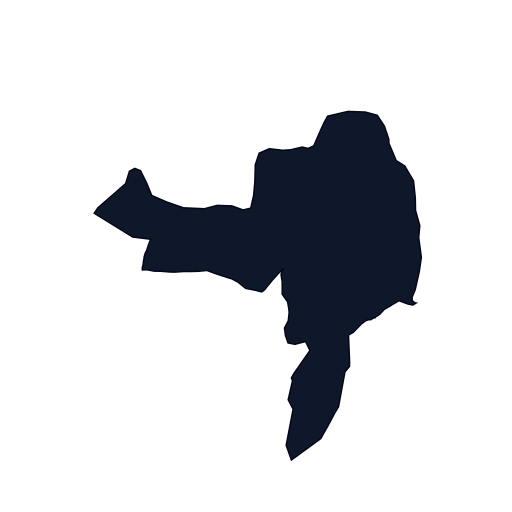 Ejigbo, Osun, Nigeria (Natural Earth projection), rotated 22°
{"feature_id": "59680162B4821538642969", "entity_name": "Ejigbo", "entity_type": "district", "adm_level": 2, "iso_a3": "NGA", "parent_name": "Nigeria", "parent_adm1": "Osun", "projection": "natural_earth1", "projection_center": [4.23, 7.836], "detail": "fine", "context": "isolated", "style": "filled", "palette": "ink", "viewbox_px": 512, "rotation_deg": 22, "n_neighbors": 0, "source": "geoboundaries", "source_scale": "gbopen_adm2", "svg_char_len": 2357}
<svg xmlns="http://www.w3.org/2000/svg" viewBox="0 0 512 512"><g transform="rotate(22 256 256)"><path d="M422.0,239.7L421.2,239.9L417.7,239.0L416.2,236.0L416.2,227.5L413.2,209.2L409.8,195.3L399.9,177.9L396.5,166.5L386.8,153.9L382.0,142.6L373.9,127.3L360.2,116.8L350.2,115.0L348.4,113.1L337.1,101.8L335.4,98.0L326.4,87.5L315.7,80.1L308.3,81.0L303.3,81.6L287.1,87.5L270.0,99.5L269.1,107.4L268.7,117.3L268.3,132.2L264.0,136.7L258.0,137.7L248.2,144.6L240.9,148.1L239.6,148.4L233.4,150.1L228.1,151.6L220.4,159.5L221.2,171.9L223.1,176.8L227.2,187.8L231.1,200.7L233.2,213.6L226.8,218.1L214.8,218.6L203.3,222.8L203.2,222.8L201.1,223.6L191.0,231.1L190.5,231.5L171.5,238.2L170.8,238.5L156.1,239.2L152.4,239.4L136.6,238.9L128.0,230.0L116.9,220.1L110.7,220.2L107.0,224.8L106.9,224.8L108.0,237.7L107.2,239.3L91.3,270.6L90.0,277.0L134.6,284.6L152.1,279.9L152.1,280.5L152.1,281.3L152.1,281.9L152.0,282.5L152.0,283.1L152.1,283.8L152.1,284.6L152.1,285.6L152.1,286.3L152.3,287.1L152.3,287.9L152.3,288.8L152.4,289.8L152.4,290.4L152.5,291.4L152.5,292.2L152.4,293.5L152.2,294.6L152.3,295.1L152.3,296.0L152.5,297.2L152.5,298.2L153.0,300.0L153.2,301.0L153.4,302.0L153.6,302.9L153.8,303.8L154.2,305.0L154.6,306.1L154.6,307.0L154.8,308.2L155.0,309.5L155.2,310.2L155.8,311.5L160.4,309.5L167.2,308.2L173.2,305.9L181.5,303.3L186.2,301.6L191.8,298.9L194.5,297.6L200.2,295.3L208.0,291.9L215.9,287.8L226.7,287.4L239.7,286.5L241.8,286.2L249.2,287.0L258.5,289.9L268.4,288.0L274.6,287.2L275.5,286.1L276.1,285.1L277.0,283.1L277.2,281.9L278.0,279.4L278.6,277.6L279.0,276.5L279.4,275.1L280.0,272.9L280.3,272.0L280.9,270.5L281.3,269.3L281.8,268.0L282.4,266.5L282.8,265.1L283.4,263.4L284.2,262.0L284.7,260.4L285.4,259.1L285.7,258.1L286.0,257.0L286.1,263.7L290.0,270.2L294.6,281.6L302.5,286.7L305.9,292.2L307.8,295.7L310.2,304.0L309.4,312.1L313.1,318.7L318.3,324.6L325.2,323.3L334.0,316.7L341.4,323.4L335.2,350.5L334.5,355.8L336.6,358.0L339.7,377.2L347.8,384.1L354.9,420.2L365.2,431.9L384.4,401.1L386.3,386.8L387.8,372.4L389.0,364.7L388.9,364.4L381.9,330.2L384.0,323.3L382.7,319.7L371.4,294.7L374.8,290.2L379.4,279.0L380.5,277.4L381.5,275.6L382.9,274.0L384.5,272.8L385.7,272.3L386.4,272.0L387.2,270.7L387.9,269.9L388.8,269.0L389.6,268.5L389.2,267.9L390.3,267.0L392.6,263.6L394.9,257.5L405.3,243.9L415.2,243.6L419.8,242.7L422.0,239.7Z" fill="#0f172a" stroke="#020617" stroke-width="1.5"/></g></svg>